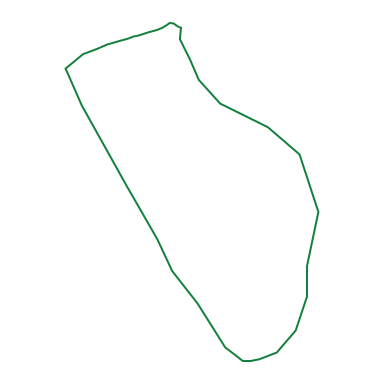 the district of Riche Fond/New Village, Dennery, Saint Lucia
{"feature_id": "8701671B39379224532007", "entity_name": "Riche Fond/New Village", "entity_type": "district", "adm_level": 2, "iso_a3": "LCA", "parent_name": "Saint Lucia", "parent_adm1": "Dennery", "projection": "equal_earth", "projection_center": [-60.924, 13.937], "detail": "fine", "context": "isolated", "style": "outline", "palette": "green", "viewbox_px": 384, "rotation_deg": 0, "n_neighbors": 0, "source": "geoboundaries", "source_scale": "gbopen_adm2", "svg_char_len": 615}
<svg xmlns="http://www.w3.org/2000/svg" viewBox="0 0 384 384"><path d="M181.0,27.8L177.7,26.4L173.6,23.5L169.6,23.0L167.8,24.4L162.4,27.8L156.8,30.0L148.2,32.4L138.0,35.7L133.9,36.4L128.1,38.6L120.2,40.8L107.2,44.5L97.1,48.9L83.0,54.2L66.4,67.9L65.6,68.6L68.0,74.0L81.7,105.3L127.0,186.5L143.7,215.5L157.2,239.0L172.3,271.2L190.4,294.3L197.5,303.4L225.2,347.4L237.1,356.5L242.8,361.0L248.6,361.0L250.4,361.0L259.2,359.3L276.8,352.5L295.7,330.5L307.0,296.6L307.0,266.1L318.4,211.9L299.5,154.4L268.0,127.3L220.2,103.6L198.8,79.9L190.0,59.5L179.9,39.2L181.0,27.8Z" fill="none" stroke="#15803d" stroke-width="2"/></svg>